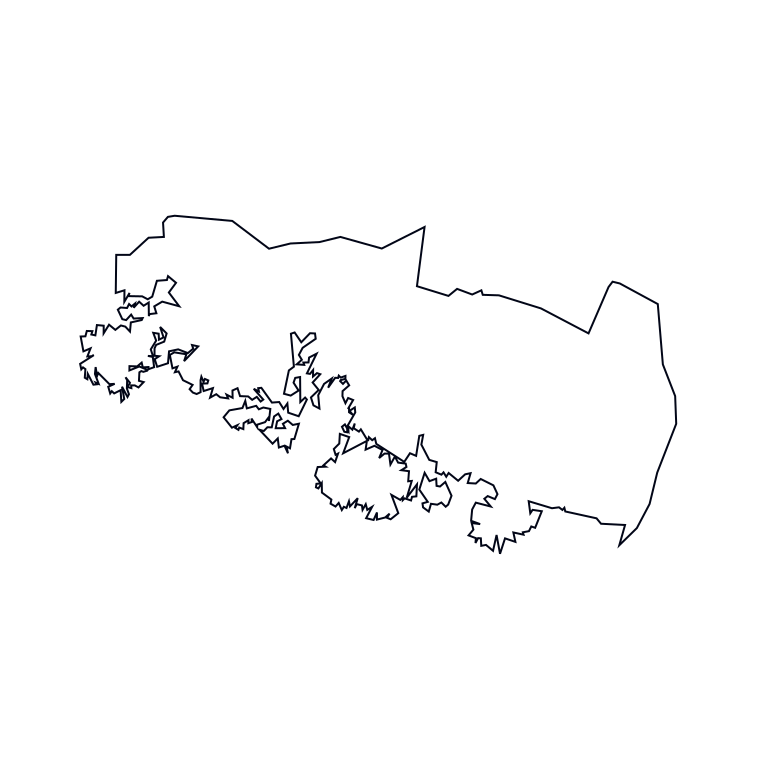 the district of Lillesand nor, Aust-Agder, Norway, rotated 73°
{"feature_id": "86288312B5594304829508", "entity_name": "Lillesand nor", "entity_type": "district", "adm_level": 2, "iso_a3": "NOR", "parent_name": "Norway", "parent_adm1": "Aust-Agder", "projection": "mercator", "projection_center": [8.269, 58.228], "detail": "fine", "context": "isolated", "style": "outline", "palette": "ink", "viewbox_px": 768, "rotation_deg": 73, "n_neighbors": 0, "source": "geoboundaries", "source_scale": "gbopen_adm2", "svg_char_len": 6156}
<svg xmlns="http://www.w3.org/2000/svg" viewBox="0 0 768 768"><g transform="rotate(73 384 384)"><path d="M218.5,613.9L218.5,604.8L229.5,608.3L222.5,600.7L225.2,602.8L229.5,589.6L233.9,585.2L232.7,580.1L218.9,571.0L221.1,561.2L217.7,559.0L226.4,553.3L233.6,563.0L249.8,557.1L240.4,572.0L242.6,581.0L249.8,581.0L248.6,587.8L250.3,589.0L237.3,585.2L238.9,591.0L233.7,594.1L237.9,601.1L234.3,598.7L236.0,602.8L233.0,604.4L236.2,607.5L233.8,613.6L235.1,616.8L245.5,615.3L247.5,611.9L243.7,605.5L248.2,604.3L250.4,595.5L252.0,597.0L251.1,608.1L259.6,611.6L253.5,614.6L251.1,618.5L253.7,625.1L246.9,629.6L253.6,637.3L246.3,635.0L243.7,641.3L253.1,645.8L251.1,649.4L248.2,647.4L246.4,652.7L251.1,655.6L249.9,660.2L264.9,661.9L264.1,654.2L270.9,659.6L272.0,655.4L271.5,653.8L271.6,653.1L275.9,668.7L281.5,669.2L280.1,667.0L282.5,665.2L290.5,668.3L292.7,666.3L287.7,664.3L299.7,662.1L300.3,658.8L298.4,659.3L300.5,656.8L289.9,657.5L283.5,654.8L292.5,656.1L289.9,654.0L303.9,646.6L305.1,641.5L306.0,648.5L313.0,648.6L311.3,646.4L314.1,644.8L312.9,637.7L324.3,640.4L322.4,636.8L310.0,635.3L321.4,633.1L319.2,630.9L313.1,631.2L305.3,628.5L302.0,629.2L308.6,626.6L312.0,630.1L314.1,626.8L311.4,626.2L312.5,622.7L315.5,619.8L311.9,613.3L309.3,617.4L301.3,614.5L300.7,612.3L302.0,610.6L302.0,606.5L301.5,605.9L295.7,612.9L296.6,623.5L292.5,622.2L295.0,614.9L292.7,609.5L297.6,609.8L298.9,604.3L301.0,605.0L300.7,598.9L290.5,597.2L288.1,601.6L289.9,596.8L282.7,596.9L275.9,589.2L267.6,589.7L270.0,584.8L275.8,586.2L275.0,581.2L264.0,581.4L272.1,577.1L279.2,581.8L280.0,590.5L282.8,593.0L289.9,595.2L291.7,590.9L293.2,596.0L301.2,595.9L301.0,584.5L289.9,580.0L290.7,570.7L297.1,562.5L294.4,556.1L290.6,556.2L293.7,550.7L303.7,568.5L297.8,564.3L292.4,575.3L293.6,580.3L307.2,581.7L307.0,576.5L311.6,580.5L311.9,576.8L321.6,575.1L328.9,567.3L332.1,571.4L336.3,569.3L338.8,566.1L338.2,561.8L326.7,558.3L323.6,556.5L329.1,555.9L326.8,553.8L329.2,551.0L331.8,552.7L330.4,557.9L338.0,558.5L337.9,548.8L346.2,554.3L344.7,547.4L348.8,544.6L352.2,537.3L348.1,537.7L352.9,532.8L345.9,530.8L345.2,525.3L353.5,525.2L356.2,517.5L360.6,514.7L359.1,509.4L364.7,507.1L363.6,504.0L350.5,510.0L354.6,505.8L351.2,505.5L351.8,502.4L369.0,496.6L370.6,489.5L378.5,487.4L374.4,482.1L383.4,484.0L389.9,475.0L376.3,462.3L373.9,463.4L376.8,469.3L352.8,462.2L352.2,467.1L356.3,470.1L365.3,467.6L367.8,476.6L364.1,482.5L343.2,471.0L341.1,465.1L308.7,458.3L308.6,454.4L319.9,450.9L313.8,439.9L315.5,435.2L320.8,436.1L325.6,451.2L331.3,456.9L336.8,455.5L339.7,461.7L342.4,454.7L339.9,454.8L341.3,449.9L336.8,447.9L335.3,439.6L351.3,454.6L352.7,451.8L349.9,447.7L356.1,449.7L354.0,444.9L356.0,442.1L361.7,451.8L370.6,448.2L375.5,457.8L383.8,457.7L388.6,452.9L375.5,450.2L366.4,441.3L363.5,432.4L371.2,438.5L363.8,428.9L364.8,426.1L362.8,424.8L365.2,423.5L365.0,418.5L367.8,419.4L367.6,424.3L368.4,425.1L371.9,423.2L369.6,419.1L375.1,417.7L378.7,425.7L383.5,427.3L391.1,426.5L386.9,422.4L390.3,418.2L397.3,425.8L396.6,424.4L400.8,425.7L404.2,422.9L399.6,424.8L397.9,418.8L402.8,419.8L414.7,432.5L411.2,433.2L412.6,436.7L418.1,435.9L419.5,433.2L416.7,432.5L418.8,431.8L413.9,430.5L418.4,427.6L413.2,423.5L417.4,425.9L422.2,421.9L420.6,419.4L431.5,416.6L432.9,415.4L430.4,414.0L434.3,411.7L433.2,408.5L439.0,408.9L464.4,387.4L457.8,379.4L462.1,374.3L443.9,365.4L444.1,361.4L452.9,366.0L469.8,362.9L474.1,356.4L483.5,360.4L487.5,355.6L485.9,352.9L490.9,351.6L488.0,348.2L498.2,341.4L494.1,332.8L494.6,327.3L503.2,332.9L506.0,325.3L503.1,319.3L512.9,309.0L522.5,307.7L526.5,311.6L521.5,317.6L523.1,321.6L532.4,317.7L524.3,330.9L529.8,336.4L540.3,340.7L546.1,333.0L542.6,340.8L549.4,341.1L553.5,347.4L558.3,341.2L562.8,343.0L558.9,339.1L559.9,336.5L567.2,338.3L567.7,333.5L575.4,328.5L561.3,320.5L580.3,322.7L567.0,313.4L573.4,304.5L563.8,303.7L568.9,294.6L566.4,294.6L567.1,288.4L563.3,284.8L565.7,281.5L551.8,270.3L547.8,278.7L550.4,281.9L538.4,279.9L551.9,259.7L553.1,252.7L556.6,250.2L555.1,247.7L558.9,247.9L574.6,220.0L581.1,217.3L589.3,194.7L607.0,206.1L595.7,184.3L576.4,165.1L548.6,148.6L507.5,116.2L480.7,109.1L446.8,111.6L387.6,98.8L356.8,129.1L353.0,135.5L356.9,140.9L395.4,173.6L357.6,211.8L332.8,248.2L327.6,263.5L322.9,263.5L324.2,273.5L314.4,286.3L318.6,296.6L300.1,323.9L245.7,299.3L253.8,346.5L230.6,382.7L229.4,404.3L222.3,432.3L221.0,454.4L183.7,481.4L161.9,535.0L161.0,541.8L165.0,548.1L179.0,551.5L175.3,566.4L186.2,589.2L182.2,602.3L218.5,613.9ZM500.1,390.2L500.9,385.9L489.6,381.8L499.4,395.5L484.8,385.8L484.1,389.3L474.7,385.6L471.5,392.6L469.9,386.8L466.5,386.5L463.3,393.5L456.6,394.8L462.9,401.4L452.0,399.6L450.7,403.9L453.4,410.3L446.7,404.7L440.3,411.2L441.4,420.8L433.4,417.0L438.3,443.3L424.6,432.8L418.8,440.8L427.9,444.2L431.5,451.0L437.6,451.0L437.1,448.3L444.4,453.6L439.7,456.4L444.1,465.7L446.0,464.0L444.0,471.7L451.5,476.7L460.6,473.6L459.7,477.8L462.9,479.3L464.7,477.3L460.6,472.5L469.7,475.1L479.1,468.1L482.8,470.1L487.0,466.2L484.5,462.1L492.2,461.2L489.7,458.3L491.6,456.1L485.9,451.8L491.1,452.3L485.5,442.5L494.2,448.3L490.9,445.2L493.7,440.6L498.1,441.3L493.6,436.6L499.5,436.8L498.0,431.3L507.1,440.3L511.0,433.7L504.8,428.3L511.6,430.4L512.0,421.9L509.6,416.6L512.8,420.3L515.3,417.2L511.7,408.1L492.2,409.3L499.6,402.3L497.7,399.1L500.6,400.0L499.4,397.7L503.3,392.2L500.1,390.2ZM385.7,504.8L374.6,500.0L371.2,506.3L371.6,511.1L367.5,512.6L367.2,522.3L359.6,521.6L365.6,526.4L364.0,539.6L368.9,547.1L381.3,542.2L380.5,536.3L382.6,539.0L385.3,536.6L383.3,535.2L386.0,531.7L380.4,529.7L379.0,524.2L381.8,525.2L381.7,521.4L378.3,520.8L388.2,517.9L385.8,517.2L385.7,508.9L382.2,504.1L385.7,504.8ZM510.6,352.1L495.6,354.0L498.4,360.4L496.8,363.5L489.8,361.8L490.2,368.9L480.8,371.1L495.3,381.1L509.5,376.6L509.4,382.1L513.4,382.7L519.1,378.5L512.3,374.1L515.0,368.3L514.1,363.8L519.4,360.9L518.1,357.9L510.6,352.1ZM410.4,485.8L397.1,477.0L396.5,483.2L391.0,486.7L392.5,492.3L397.3,491.5L394.6,500.5L388.4,497.1L387.6,492.3L381.4,493.7L382.9,498.6L392.6,504.0L391.3,508.2L393.8,512.7L391.3,516.5L408.5,508.0L405.0,501.5L414.0,503.1L413.9,497.2L422.2,496.1L415.3,495.5L418.0,492.7L409.7,488.6L410.4,485.8Z" fill="none" stroke="#020617" stroke-width="2"/></g></svg>